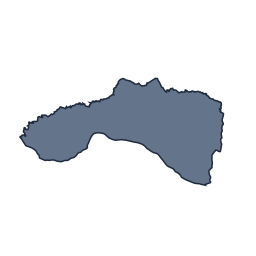 outline of Nova Bandeirantes, Mato Grosso, Brazil, rotated 292°
{"feature_id": "56859067B56253074715803", "entity_name": "Nova Bandeirantes", "entity_type": "district", "adm_level": 2, "iso_a3": "BRA", "parent_name": "Brazil", "parent_adm1": "Mato Grosso", "projection": "robinson", "projection_center": [-58.073, -9.696], "detail": "fine", "context": "isolated", "style": "filled", "palette": "slate", "viewbox_px": 256, "rotation_deg": 292, "n_neighbors": 0, "source": "geoboundaries", "source_scale": "gbopen_adm2", "svg_char_len": 5866}
<svg xmlns="http://www.w3.org/2000/svg" viewBox="0 0 256 256"><g transform="rotate(292 128 128)"><path d="M78.9,31.4L78.2,33.1L73.5,39.6L73.3,40.8L73.5,43.5L73.5,45.8L73.2,48.4L72.2,51.5L70.2,53.8L69.2,55.9L67.2,57.1L67.0,57.6L66.9,63.4L67.1,63.9L67.7,64.4L68.6,67.4L69.8,69.3L70.3,70.7L70.7,72.2L70.6,73.8L71.0,76.1L71.5,77.9L71.9,78.9L74.3,81.7L75.4,84.3L78.6,86.5L80.5,89.0L82.4,90.1L84.4,90.7L85.5,90.8L86.1,91.1L88.0,93.3L90.5,94.4L93.1,97.1L94.5,97.7L97.0,96.7L99.5,97.0L101.8,96.9L105.1,97.1L107.9,97.5L109.8,98.3L111.3,100.0L111.8,100.8L113.0,103.9L113.5,106.3L113.7,107.6L113.4,109.4L112.0,113.2L111.6,114.6L111.6,117.9L111.8,120.3L112.0,121.0L114.8,126.4L116.1,131.3L117.0,137.6L118.1,143.0L118.3,147.2L117.7,150.1L116.2,153.1L115.1,158.1L114.7,161.2L115.0,162.2L115.2,164.1L114.9,165.8L112.1,170.5L110.8,173.0L108.9,176.1L107.8,178.3L107.4,180.0L107.2,184.8L106.5,186.3L105.3,188.3L105.0,191.3L104.3,193.3L103.8,194.3L102.5,195.9L102.1,197.5L101.7,201.3L101.7,209.7L102.1,212.1L103.1,215.2L103.2,217.3L103.9,220.9L104.2,220.3L104.6,220.6L105.4,221.8L106.2,222.5L108.1,224.8L108.6,224.8L109.1,224.7L109.8,223.6L111.8,223.0L112.7,223.3L113.8,222.7L114.8,221.3L117.7,219.4L118.3,219.1L119.2,219.2L121.6,220.1L122.4,220.7L123.0,220.7L124.0,219.8L125.1,219.9L127.4,219.2L130.1,217.6L132.2,216.9L133.7,216.1L136.4,216.3L136.8,216.7L137.6,216.8L138.8,217.3L140.3,217.6L140.6,218.4L140.3,220.8L140.5,222.0L140.8,222.4L141.2,222.4L148.2,220.9L149.2,219.8L151.4,218.5L152.2,218.2L152.9,218.2L153.7,218.7L154.1,218.7L156.9,216.9L158.4,216.3L160.3,216.5L161.7,215.9L163.1,214.9L163.9,214.9L164.4,214.6L165.9,214.5L166.9,215.0L168.2,214.4L168.4,213.9L169.0,213.4L170.4,212.4L171.3,212.1L174.5,211.8L176.9,211.3L177.3,210.7L177.1,210.0L177.4,209.6L177.6,208.5L177.3,207.9L177.9,207.2L178.6,207.5L178.7,207.1L179.1,207.0L179.5,206.0L179.9,205.8L179.8,206.4L180.1,206.8L180.9,207.0L181.8,206.7L182.1,206.2L182.7,206.0L183.7,206.1L184.6,205.9L185.3,205.4L186.1,205.2L186.7,203.5L186.5,203.1L186.1,202.8L186.5,202.1L186.5,201.3L186.7,200.6L186.2,199.7L186.4,199.0L186.1,198.6L186.0,197.5L186.8,196.1L186.2,194.4L186.4,193.3L186.3,192.6L186.5,192.0L186.9,191.7L187.2,190.9L187.6,190.6L187.6,189.7L188.2,187.8L188.9,188.1L189.1,187.8L189.0,187.0L188.5,186.0L187.9,185.3L187.9,184.8L188.7,184.2L188.7,183.7L188.2,183.3L188.3,182.1L188.5,181.6L188.1,181.4L188.3,179.3L187.5,178.1L187.0,177.9L186.8,177.4L186.9,176.5L186.2,176.0L186.4,174.8L186.6,174.3L186.1,173.3L185.3,173.1L185.0,172.7L185.0,172.0L184.4,171.7L184.3,170.7L184.0,169.9L184.1,169.4L184.6,168.9L184.8,168.4L184.8,167.3L183.8,168.1L183.6,167.6L183.6,167.0L182.7,167.2L181.9,165.5L181.5,165.2L181.5,164.6L181.8,164.3L181.1,163.5L181.0,163.2L180.3,162.8L179.7,161.9L179.7,161.4L180.3,160.8L180.4,159.8L180.9,159.0L181.0,157.9L180.6,156.7L180.3,156.5L180.3,156.1L180.4,155.7L180.8,155.5L181.1,154.7L181.5,154.6L181.4,154.1L180.5,153.6L180.5,152.9L179.8,152.8L179.5,152.4L178.3,152.0L177.7,152.5L177.3,152.2L177.4,151.8L177.8,151.6L178.2,150.8L177.8,149.9L177.1,150.1L176.7,149.9L175.8,150.4L175.6,150.2L176.0,148.7L176.7,147.9L177.0,146.9L177.9,146.1L178.3,145.6L178.4,145.2L178.2,144.3L178.7,143.9L179.6,142.6L180.4,142.0L181.4,140.7L182.1,140.1L182.3,139.7L182.7,139.3L183.2,138.3L184.9,136.8L184.8,136.2L184.2,135.4L184.3,134.8L177.5,130.0L176.8,128.7L176.4,128.7L176.1,129.1L174.5,129.1L174.0,127.9L173.2,127.4L172.6,125.6L172.1,125.0L172.6,123.0L173.5,121.2L173.0,120.6L172.4,120.5L171.3,118.3L171.4,117.0L171.9,116.5L172.0,116.1L172.0,113.9L172.4,113.0L172.4,111.9L172.0,110.3L172.0,109.4L171.6,107.8L172.1,106.7L172.0,104.7L171.0,104.0L170.6,103.1L168.7,102.1L167.2,101.7L166.5,101.9L165.8,102.4L165.4,102.4L165.2,102.0L164.9,101.7L163.5,101.9L163.3,101.5L162.6,101.2L161.2,101.7L160.0,100.4L159.5,100.2L158.6,100.1L158.1,100.3L157.1,101.2L156.7,101.2L156.3,101.0L155.3,101.3L154.5,101.2L153.5,102.3L153.4,101.8L152.8,101.2L152.7,100.7L151.3,100.1L150.6,99.3L149.4,98.8L148.8,99.0L148.5,98.1L148.0,97.5L147.4,97.4L146.6,96.6L146.1,95.1L145.5,94.3L145.1,94.0L144.6,94.2L144.4,93.9L144.6,92.8L144.2,92.0L142.8,91.7L141.8,92.0L141.6,91.2L141.8,90.2L141.3,90.0L141.3,88.6L141.2,88.2L140.7,88.4L140.4,87.5L140.0,87.6L139.5,87.4L139.4,87.0L139.9,86.1L139.6,85.2L137.9,85.0L138.0,84.5L137.8,84.2L137.3,83.9L137.2,83.3L136.9,84.1L136.5,84.4L135.7,84.2L135.3,83.8L133.2,84.2L133.1,83.8L133.4,83.6L133.3,83.1L132.6,82.3L132.6,80.3L132.9,79.7L134.0,78.9L133.7,78.2L134.0,77.0L133.3,77.4L132.7,77.3L132.7,76.0L132.2,75.6L133.1,75.2L133.2,74.6L132.8,74.3L133.0,73.5L132.7,73.2L131.8,73.7L131.5,73.5L131.5,72.5L130.9,71.2L130.5,70.7L129.5,70.3L128.8,69.5L128.3,69.5L127.9,68.1L126.7,67.6L125.4,67.5L125.4,67.0L125.7,66.6L126.2,66.7L126.6,66.4L126.1,66.2L125.8,65.5L125.4,65.6L124.5,64.4L124.3,63.9L124.7,63.4L124.9,62.9L123.4,62.8L122.7,63.1L122.4,62.6L122.6,61.1L122.5,59.9L122.0,59.2L122.4,58.0L122.3,57.4L121.9,57.2L120.9,57.1L120.3,56.8L119.7,56.9L119.3,56.6L119.1,56.1L118.3,55.4L117.3,55.7L115.1,53.6L114.7,54.2L113.9,54.2L112.4,53.2L112.2,52.9L112.4,52.5L112.3,51.9L111.9,51.5L110.9,51.3L109.6,50.2L108.7,49.9L108.4,49.4L108.9,47.8L109.0,46.6L108.8,46.2L108.6,45.4L108.2,44.8L107.5,43.2L106.9,43.2L106.2,44.6L105.9,44.9L105.6,44.7L105.2,42.7L105.2,42.3L105.4,41.8L105.3,41.3L104.8,40.8L104.5,40.7L104.2,40.4L103.9,40.4L103.1,41.0L101.9,41.0L100.9,41.6L99.9,40.8L99.5,40.0L99.3,39.2L98.3,37.4L97.6,38.2L97.2,38.5L96.9,38.2L96.7,37.4L97.0,37.2L97.0,36.3L96.2,36.0L96.1,35.6L96.6,34.3L96.4,34.0L95.5,34.1L94.6,35.0L93.4,34.8L92.4,34.1L92.4,34.5L91.8,35.4L89.8,35.8L89.3,35.7L88.6,35.1L88.7,34.5L88.5,33.4L89.4,33.0L89.6,32.4L89.6,32.0L89.3,31.7L88.6,32.0L88.1,31.8L87.3,32.2L85.4,32.4L85.1,32.8L84.8,33.7L83.5,34.8L83.3,35.3L82.3,36.1L82.0,36.0L81.9,35.5L82.7,34.7L82.3,33.6L81.9,32.9L81.5,32.4L80.4,32.5L80.0,32.3L80.0,31.7L79.8,31.3L79.4,31.2L78.9,31.4Z" fill="#64748b" stroke="#1e293b" stroke-width="1.5"/></g></svg>